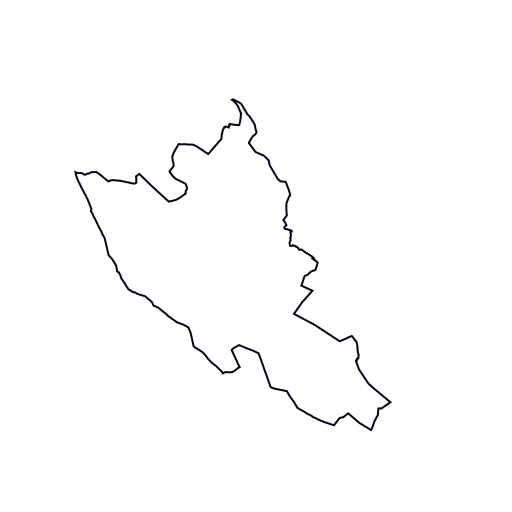 Kviteseid nor, Telemark, Norway (Robinson projection), rotated 36°
{"feature_id": "86288312B3743055335069", "entity_name": "Kviteseid nor", "entity_type": "district", "adm_level": 2, "iso_a3": "NOR", "parent_name": "Norway", "parent_adm1": "Telemark", "projection": "robinson", "projection_center": [8.487, 59.408], "detail": "fine", "context": "isolated", "style": "outline", "palette": "ink", "viewbox_px": 512, "rotation_deg": 36, "n_neighbors": 0, "source": "geoboundaries", "source_scale": "gbopen_adm2", "svg_char_len": 5986}
<svg xmlns="http://www.w3.org/2000/svg" viewBox="0 0 512 512"><g transform="rotate(36 256 256)"><path d="M172.1,357.8L172.9,357.9L173.2,357.9L173.5,357.9L174.3,357.5L174.6,357.5L174.8,357.6L175.0,357.8L175.7,357.8L176.5,357.6L176.9,357.5L178.6,357.3L179.0,357.0L179.0,356.8L179.2,356.6L179.9,356.4L180.7,356.5L181.3,356.4L181.8,356.5L187.1,354.8L187.9,354.4L190.3,353.7L199.0,354.5L202.1,356.3L207.6,355.2L211.2,355.5L216.2,355.7L217.3,355.7L218.6,355.9L220.7,356.3L221.6,356.1L222.6,356.1L223.4,356.2L225.2,356.2L226.5,356.1L231.0,356.1L233.7,355.3L236.0,354.7L237.2,354.3L243.1,353.5L248.2,356.5L258.5,365.6L260.7,366.0L262.1,365.6L269.7,365.3L273.5,366.1L274.8,366.4L278.1,367.5L279.2,367.6L281.5,368.2L282.2,368.1L283.3,368.4L288.0,368.4L292.7,369.2L295.0,369.4L295.8,369.6L298.2,370.4L298.9,368.9L299.3,368.1L302.0,366.2L302.3,366.0L304.1,364.8L305.3,363.4L306.6,360.0L307.2,357.8L307.3,357.1L308.1,355.5L306.8,354.9L304.5,353.6L303.6,353.2L302.8,352.6L300.9,351.5L300.0,351.1L291.6,346.4L292.0,343.7L294.7,338.0L302.4,336.2L309.8,334.2L315.2,333.2L322.0,337.7L323.4,338.7L325.6,340.2L332.1,344.7L333.5,345.6L344.9,353.5L348.3,352.7L360.4,347.2L365.9,349.7L371.9,351.5L378.8,354.5L383.2,354.1L385.6,353.7L391.3,353.4L391.9,353.1L393.0,352.8L395.4,352.7L396.1,352.7L396.4,352.8L396.7,352.8L397.3,352.7L399.0,352.2L399.6,352.1L400.5,352.0L403.7,351.5L405.7,351.0L407.1,350.7L409.9,349.9L410.1,349.8L412.9,348.9L413.5,348.7L415.5,348.1L418.6,347.1L418.8,341.0L418.7,340.1L418.8,339.6L419.0,338.2L419.0,337.7L419.6,337.0L419.9,336.6L420.3,336.4L420.5,336.1L420.8,335.8L421.0,335.4L421.3,335.2L421.2,334.8L421.5,334.5L421.6,334.3L423.1,329.1L425.8,329.3L437.4,330.3L451.3,329.2L451.1,327.2L448.9,319.6L448.0,312.9L444.6,307.5L447.2,305.4L450.7,295.3L428.0,293.8L421.9,293.1L413.7,290.1L405.8,287.1L398.7,282.3L398.6,282.2L398.9,282.1L399.0,281.9L399.0,281.6L399.0,281.3L398.9,281.0L398.7,280.8L398.2,280.3L398.1,280.0L398.1,279.8L398.7,279.3L398.7,279.1L398.7,278.9L398.8,278.8L398.6,278.3L398.7,278.0L398.6,277.9L397.9,277.3L397.8,277.0L397.8,276.9L397.6,276.5L397.4,276.3L397.3,275.9L396.6,275.1L395.3,274.3L394.7,274.0L394.4,273.2L393.9,272.9L390.4,268.6L387.7,266.4L380.6,264.4L379.9,265.3L373.9,275.8L344.2,277.2L320.7,280.5L320.7,280.2L320.7,278.0L320.7,275.1L320.6,272.7L320.6,269.3L320.6,268.7L320.5,267.6L320.5,266.4L322.1,250.9L310.1,253.3L307.1,243.5L308.7,241.0L309.1,239.3L309.5,236.8L309.6,236.3L311.5,233.5L311.8,233.0L312.3,232.2L310.7,227.5L309.7,225.0L306.9,224.8L303.0,225.0L303.0,224.6L303.8,224.1L304.0,223.7L302.2,223.5L301.0,223.5L297.3,223.7L295.5,223.9L294.9,224.1L294.5,224.1L291.6,224.0L291.4,224.1L289.2,223.9L288.9,224.3L288.6,224.4L288.1,224.8L287.8,225.4L286.4,225.2L286.2,225.1L284.4,224.6L283.0,224.8L282.5,225.1L282.3,225.0L281.8,224.9L281.6,224.9L281.3,225.0L281.2,225.1L279.9,225.5L280.0,225.6L279.7,225.9L279.8,226.3L278.9,226.9L278.6,227.1L277.6,227.8L275.3,225.6L275.1,224.1L274.6,222.6L273.1,221.4L273.1,220.4L271.4,217.9L269.6,216.3L270.1,215.4L270.6,215.0L270.2,214.7L268.2,215.0L264.8,216.4L263.1,217.0L262.0,215.9L262.5,213.2L261.3,212.6L260.3,212.0L257.0,210.9L257.1,205.1L253.0,200.3L249.6,195.4L247.8,188.2L247.9,186.5L243.9,183.4L236.5,178.6L234.0,179.9L231.9,181.3L230.4,180.9L228.8,181.1L213.6,174.5L212.3,173.2L210.1,171.2L203.5,170.2L194.6,172.1L183.9,168.8L183.6,168.4L183.5,167.3L183.2,164.8L183.0,161.3L183.6,159.4L183.9,157.7L183.9,157.2L183.8,156.1L183.8,155.9L183.8,155.7L183.5,155.4L182.2,154.4L181.7,153.9L181.1,153.6L180.7,153.2L180.3,153.0L179.1,151.6L177.2,150.2L170.6,147.5L168.2,146.7L166.0,146.5L154.7,141.6L152.0,141.7L148.7,142.2L145.3,142.8L144.8,143.7L146.8,143.7L152.0,144.8L154.0,145.8L156.4,147.3L158.9,148.8L160.4,149.5L160.5,150.2L160.7,150.3L162.5,153.6L163.7,155.8L164.2,156.7L164.4,157.3L164.6,158.2L165.0,158.7L165.0,158.9L165.5,159.9L161.6,162.5L157.4,164.5L157.6,164.9L157.6,165.0L157.4,165.1L157.1,165.1L157.0,165.3L157.4,165.6L157.8,165.7L157.8,166.3L157.8,166.6L158.0,166.7L157.9,166.9L157.9,167.0L158.1,167.4L158.1,167.8L158.2,168.0L157.8,168.0L157.5,168.0L157.4,168.1L157.4,168.3L156.3,168.6L156.1,168.8L155.8,169.0L155.5,169.1L155.2,169.2L155.1,169.3L155.3,169.5L155.2,169.6L155.3,169.8L155.2,169.9L155.3,170.2L154.6,170.8L155.4,174.2L156.7,177.2L157.4,178.9L159.2,181.5L158.8,185.6L158.4,190.4L158.4,190.6L158.3,191.5L157.6,199.9L157.4,201.6L156.7,201.6L152.6,201.9L151.4,201.8L146.0,202.1L144.0,202.1L140.0,202.8L138.7,203.5L138.2,203.8L136.5,205.1L134.6,206.2L133.2,207.1L132.3,207.7L129.6,209.8L127.6,211.0L128.3,217.3L128.5,218.5L128.6,220.0L129.0,222.0L129.5,224.1L130.3,225.3L132.4,227.7L134.5,229.3L136.5,231.6L136.4,234.9L136.4,238.6L141.4,240.2L145.6,240.8L154.7,239.2L157.2,239.1L159.3,240.9L160.4,241.7L160.7,242.1L160.9,243.2L161.0,244.6L161.6,246.0L162.4,246.7L160.1,253.8L158.3,257.6L155.6,260.9L153.4,263.3L129.8,260.6L113.5,258.2L112.1,262.0L112.8,262.8L113.1,263.2L113.4,263.4L113.5,263.7L114.1,264.2L114.3,264.5L114.4,265.0L115.1,265.7L115.2,265.9L115.4,266.1L115.5,266.4L115.7,266.6L116.1,267.1L115.0,269.0L113.3,269.8L111.9,270.7L110.4,271.1L101.9,275.0L97.5,277.6L95.6,278.8L94.0,280.2L94.0,280.5L93.4,281.3L92.8,282.4L87.1,282.2L85.5,282.1L84.1,281.9L82.8,281.8L81.8,281.9L77.7,281.8L77.3,282.0L76.6,282.6L74.8,283.9L73.9,284.7L73.3,285.3L72.8,286.5L72.3,287.5L70.7,289.0L70.8,289.2L70.8,289.3L70.6,289.5L70.0,290.8L69.0,291.1L68.5,291.2L68.1,291.0L67.7,291.2L66.2,291.4L63.0,293.7L62.3,294.0L60.7,294.4L63.5,296.9L65.9,298.5L66.9,299.1L67.2,299.3L67.5,299.6L70.5,301.0L71.1,301.3L72.0,301.9L73.0,302.4L75.8,303.9L78.2,305.0L80.9,306.4L82.9,307.2L85.5,308.8L86.5,309.1L86.9,309.4L87.2,309.6L88.7,310.6L89.6,311.0L91.1,312.1L91.9,312.6L92.8,313.1L95.1,314.7L95.4,315.0L95.9,316.5L96.2,316.9L98.2,317.4L100.2,318.8L103.3,320.3L113.6,325.8L115.1,326.5L116.1,326.9L118.4,328.3L123.0,330.5L136.2,341.9L142.2,343.3L148.5,346.0L152.8,350.1L154.7,349.9L157.6,351.3L160.0,353.2L165.5,355.1L167.4,356.0L171.1,357.4L172.1,357.8Z" fill="none" stroke="#020617" stroke-width="2"/></g></svg>